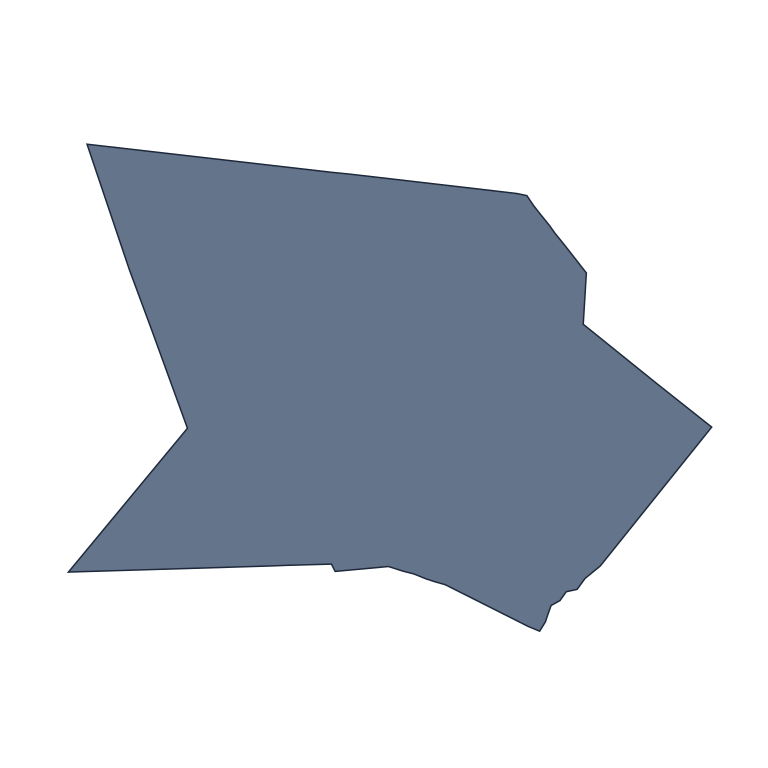 outline of Rio Largo, Alagoas, Brazil, rotated 267°
{"feature_id": "56859067B27128129114262", "entity_name": "Rio Largo", "entity_type": "district", "adm_level": 2, "iso_a3": "BRA", "parent_name": "Brazil", "parent_adm1": "Alagoas", "projection": "robinson", "projection_center": [-35.887, -9.482], "detail": "fine", "context": "isolated", "style": "filled", "palette": "slate", "viewbox_px": 768, "rotation_deg": 267, "n_neighbors": 0, "source": "geoboundaries", "source_scale": "gbopen_adm2", "svg_char_len": 650}
<svg xmlns="http://www.w3.org/2000/svg" viewBox="0 0 768 768"><g transform="rotate(267 384 384)"><path d="M129.0,526.5L138.1,532.8L145.3,535.6L154.1,539.3L158.5,548.4L167.0,555.1L168.8,566.1L179.3,574.6L190.9,590.4L323.8,709.0L370.8,655.7L433.2,586.1L484.3,591.9L513.7,571.3L525.5,562.7L533.7,557.5L545.4,549.0L554.2,542.8L564.7,536.5L567.3,526.5L569.9,511.3L595.4,360.7L598.3,341.8L639.0,100.0L511.1,135.8L449.6,155.0L350.1,185.4L212.7,59.0L208.2,262.1L208.0,277.3L206.9,322.1L199.4,325.4L201.5,378.9L196.3,392.6L192.7,404.0L187.1,416.0L183.8,424.6L180.4,434.6L134.4,515.2L129.0,526.5Z" fill="#64748b" stroke="#1e293b" stroke-width="1.5"/></g></svg>